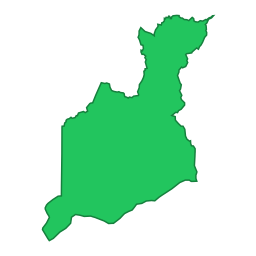 outline of Guayama, Puerto Rico
{"feature_id": "32010507B40723553467953", "entity_name": "Guayama", "entity_type": "district", "adm_level": 2, "iso_a3": "PRI", "parent_name": "Puerto Rico", "parent_adm1": "", "projection": "natural_earth1", "projection_center": [-66.125, 18.011], "detail": "fine", "context": "isolated", "style": "filled", "palette": "green", "viewbox_px": 256, "rotation_deg": 0, "n_neighbors": 0, "source": "geoboundaries", "source_scale": "gbopen_adm2", "svg_char_len": 2942}
<svg xmlns="http://www.w3.org/2000/svg" viewBox="0 0 256 256"><path d="M101.3,82.7L95.8,95.1L92.7,102.8L90.5,103.2L90.0,103.5L89.5,104.0L86.6,107.6L87.6,111.2L85.2,112.6L83.5,111.5L78.5,113.0L77.4,115.7L76.3,115.6L75.1,117.6L72.2,118.3L71.0,117.3L69.2,118.7L67.3,119.2L66.1,120.3L66.1,121.7L64.7,123.0L64.1,126.1L62.1,126.2L62.0,127.5L61.9,154.2L61.8,161.7L61.6,177.1L61.5,184.8L61.4,195.9L58.1,196.2L53.0,199.5L49.0,202.6L48.0,203.4L46.5,205.1L45.2,207.9L45.3,209.2L47.2,213.4L48.8,215.9L49.4,217.4L46.5,223.1L42.8,228.0L42.5,229.6L47.9,238.6L49.3,240.6L53.3,238.4L59.9,232.0L65.8,228.3L70.6,223.3L71.5,217.2L75.5,214.5L79.3,215.1L79.6,215.1L84.2,216.4L90.0,216.1L90.9,216.1L92.3,216.6L94.6,217.3L95.1,217.4L96.8,218.1L103.5,220.7L104.1,220.9L106.5,222.3L108.6,223.5L109.0,223.5L112.4,223.3L113.5,223.3L119.9,218.4L120.1,218.2L123.0,215.1L124.6,213.5L128.9,211.3L129.2,211.2L132.2,210.0L133.7,208.1L136.6,204.2L141.8,203.4L146.3,201.0L151.5,200.5L154.8,200.8L159.3,197.0L162.4,194.9L169.0,190.6L171.8,188.8L179.8,182.5L185.3,180.1L189.3,180.1L191.2,181.4L192.6,181.4L196.8,181.2L195.9,178.4L195.9,177.7L195.9,175.1L196.5,173.4L196.9,171.9L194.4,165.7L194.9,156.5L195.0,153.4L195.1,152.0L195.1,150.9L195.1,148.7L193.4,146.0L191.5,145.8L190.7,143.7L190.5,140.8L189.6,141.2L187.0,139.3L185.5,136.1L184.8,129.3L183.0,126.2L181.1,126.2L178.5,123.7L175.4,120.2L175.2,116.6L171.8,115.5L175.7,112.3L177.5,112.6L178.6,110.6L181.2,109.2L184.6,105.1L184.6,102.8L181.5,99.7L180.7,97.7L181.8,95.3L179.5,90.7L180.5,89.1L181.3,84.7L180.1,83.1L177.5,75.5L178.9,72.1L179.0,70.0L181.6,67.1L182.6,67.8L185.7,66.5L187.7,62.5L186.8,60.6L187.6,58.9L185.7,54.6L186.6,53.7L191.7,52.9L192.2,51.9L196.6,48.0L198.4,49.2L199.6,46.5L200.9,45.2L202.6,42.2L204.6,37.4L206.6,35.1L206.7,32.5L205.8,30.3L206.4,29.5L206.1,25.7L205.3,24.5L206.8,23.1L208.6,19.2L211.5,17.9L213.5,15.7L212.5,15.8L210.6,17.5L209.3,17.7L206.5,19.9L205.8,19.5L202.7,21.1L200.2,20.7L198.1,22.1L195.4,21.8L194.0,20.9L193.7,18.7L192.9,17.9L192.2,17.4L188.8,20.6L186.8,19.7L184.1,19.5L182.4,18.1L180.9,18.0L179.1,16.7L179.1,15.6L176.8,15.4L173.0,15.8L171.6,17.0L171.4,18.6L169.6,18.6L170.6,18.4L169.5,16.3L168.6,16.2L168.1,17.7L166.1,17.3L165.4,18.8L164.4,18.3L164.3,21.0L163.0,22.4L161.8,22.8L161.3,25.0L157.8,24.3L158.0,25.5L158.0,26.5L155.6,29.8L154.2,33.9L154.3,35.8L150.8,33.4L145.0,31.5L140.8,27.6L139.1,31.0L139.1,32.9L139.0,35.0L138.1,37.3L139.2,39.3L139.6,40.2L141.0,44.8L143.0,45.3L143.4,48.6L142.3,50.8L141.1,50.2L141.0,52.0L142.0,54.3L143.7,54.3L145.7,56.1L144.9,57.7L146.2,59.6L145.3,62.0L147.1,68.3L145.0,68.9L145.1,70.3L143.9,71.2L144.2,74.7L143.4,77.6L141.9,80.9L139.4,84.6L139.2,87.8L137.6,91.8L138.6,94.4L138.6,95.1L138.4,95.5L133.6,96.2L132.0,97.6L129.4,97.1L128.2,98.1L126.7,97.2L124.7,96.6L124.1,93.6L123.3,92.9L120.4,92.5L118.9,91.7L117.2,92.1L113.8,91.4L111.6,90.5L110.0,87.3L109.4,84.0L106.7,83.0L104.9,83.5L101.3,82.7Z" fill="#22c55e" stroke="#15803d" stroke-width="1.5"/></svg>